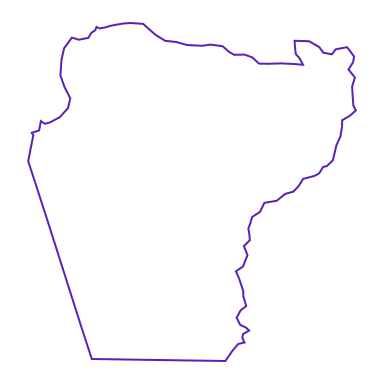 Dierona, Limassol, Cyprus (orthographic projection)
{"feature_id": "46923920B57390969123914", "entity_name": "Dierona", "entity_type": "district", "adm_level": 2, "iso_a3": "CYP", "parent_name": "Cyprus", "parent_adm1": "Limassol", "projection": "orthographic", "projection_center": [33.106, 34.816], "detail": "fine", "context": "isolated", "style": "outline", "palette": "violet", "viewbox_px": 384, "rotation_deg": 0, "n_neighbors": 0, "source": "geoboundaries", "source_scale": "gbopen_adm2", "svg_char_len": 1391}
<svg xmlns="http://www.w3.org/2000/svg" viewBox="0 0 384 384"><path d="M96.5,26.9L95.3,30.2L91.5,32.7L88.3,37.9L78.8,39.7L71.9,37.6L64.1,48.3L61.5,59.6L60.4,75.4L64.5,87.0L70.3,98.3L68.0,108.1L59.9,117.1L50.0,122.4L44.9,123.8L40.9,121.1L39.1,130.4L32.5,132.6L31.8,132.8L33.3,135.3L28.2,161.2L30.3,167.6L46.7,218.1L80.4,324.0L91.4,357.8L91.8,359.0L225.3,361.0L225.4,360.9L226.6,359.2L232.9,350.1L238.2,344.0L244.5,342.5L242.3,337.8L243.1,334.0L249.1,330.6L245.9,327.5L240.2,324.9L236.6,317.7L240.8,310.1L246.2,306.1L243.3,296.2L243.3,291.2L238.9,278.0L235.9,271.3L243.0,266.5L247.5,255.1L243.9,246.1L249.8,240.2L249.4,234.7L248.4,228.5L250.3,223.2L252.1,217.0L260.1,211.8L264.4,202.8L276.7,200.8L285.2,193.9L293.4,191.6L298.6,186.1L303.1,178.9L314.5,175.9L319.2,173.3L323.1,167.0L327.0,166.0L332.9,160.2L336.4,145.3L340.4,136.6L342.0,127.1L342.2,120.2L349.8,115.8L355.8,110.5L353.3,105.2L352.8,97.8L352.1,86.7L354.9,77.5L348.5,69.5L353.1,62.2L354.1,56.6L349.8,50.7L347.0,47.2L335.8,49.3L331.9,54.3L323.3,52.7L319.2,47.0L309.0,41.2L294.6,40.8L294.9,46.3L295.8,54.1L299.6,58.3L303.0,64.8L295.8,64.1L281.5,63.4L267.4,63.8L259.0,63.6L252.3,57.4L244.4,54.6L234.1,54.8L229.1,51.9L222.6,46.2L210.5,44.6L202.1,45.8L187.0,45.0L176.3,42.0L165.2,40.8L155.9,35.1L149.5,29.6L143.2,23.9L130.6,23.0L122.7,23.6L111.4,25.6L104.8,27.5L99.5,28.4L96.5,26.9Z" fill="none" stroke="#5b21b6" stroke-width="2"/></svg>